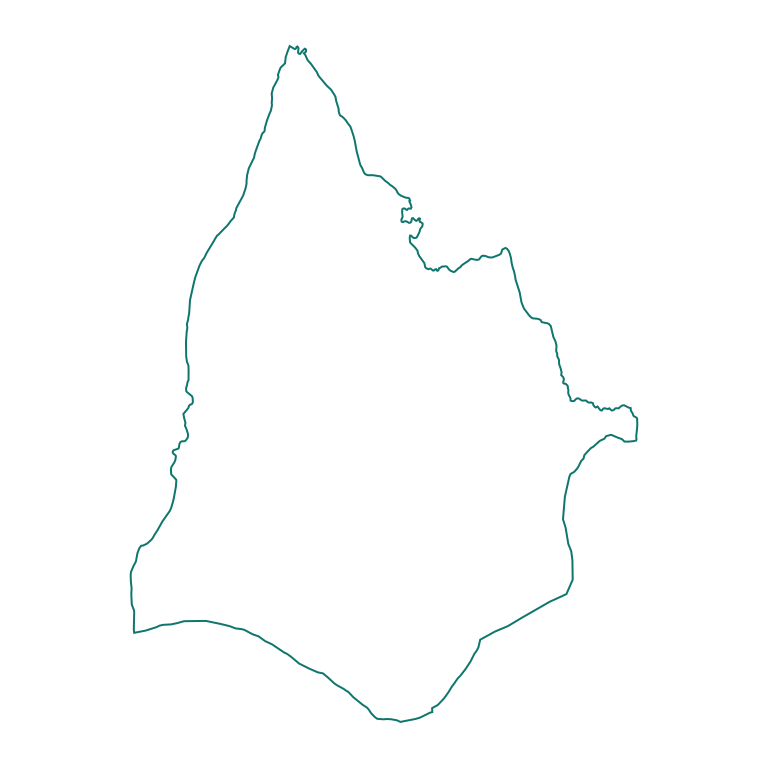 Segeneity, Debub, Eritrea (Robinson projection)
{"feature_id": "51966322B33057648537634", "entity_name": "Segeneity", "entity_type": "district", "adm_level": 2, "iso_a3": "ERI", "parent_name": "Eritrea", "parent_adm1": "Debub", "projection": "robinson", "projection_center": [39.223, 15.059], "detail": "fine", "context": "isolated", "style": "outline", "palette": "teal", "viewbox_px": 768, "rotation_deg": 0, "n_neighbors": 0, "source": "geoboundaries", "source_scale": "gbopen_adm2", "svg_char_len": 6086}
<svg xmlns="http://www.w3.org/2000/svg" viewBox="0 0 768 768"><path d="M636.2,440.5L636.5,439.3L636.2,436.3L637.2,427.2L637.3,424.2L637.1,418.4L636.6,417.7L633.7,416.1L633.0,414.7L632.5,413.1L631.6,411.9L630.8,410.2L630.7,408.1L629.1,407.8L624.2,405.3L622.4,405.4L620.8,406.4L618.7,408.3L616.0,408.2L615.0,408.6L614.0,409.7L612.8,410.4L611.9,410.5L610.9,409.9L609.4,408.3L608.1,409.0L604.2,408.2L603.1,408.8L601.9,410.5L601.0,410.4L600.1,409.9L597.5,406.5L595.7,407.5L594.8,406.9L593.5,405.4L592.9,403.2L591.0,402.4L589.2,402.7L587.8,402.1L586.0,400.5L582.4,400.6L581.6,400.4L579.1,398.6L577.5,398.3L576.3,398.8L574.1,401.0L572.2,401.2L570.6,400.6L570.4,398.4L570.0,397.2L568.7,394.8L568.2,392.8L568.4,389.8L567.8,388.1L567.9,387.2L567.6,385.7L566.0,384.1L565.1,383.6L564.2,383.7L563.3,383.1L563.2,382.1L563.8,379.8L563.8,378.7L563.0,376.9L561.2,375.1L561.6,372.4L560.7,368.6L559.1,364.0L559.0,360.3L558.7,359.2L557.3,356.5L557.1,353.3L556.2,351.3L556.5,345.5L555.4,341.3L553.4,337.1L550.8,326.1L549.0,324.1L547.8,323.4L541.7,322.1L540.6,320.0L539.2,319.3L537.1,318.7L533.1,318.4L531.2,317.5L529.4,315.7L524.0,308.6L521.5,302.4L519.7,292.5L515.5,279.4L515.2,276.6L513.7,270.1L513.0,268.7L511.6,262.8L511.0,258.1L509.5,252.8L508.5,250.7L507.1,248.8L505.6,248.0L504.6,248.3L502.3,249.6L501.0,253.6L499.4,254.7L497.0,255.7L492.5,257.4L490.8,257.5L488.5,257.2L485.5,256.0L482.6,255.7L481.4,256.4L479.0,259.4L478.1,259.7L476.7,259.9L475.3,259.7L471.5,258.8L470.5,259.0L467.9,261.2L464.3,263.5L461.7,265.4L460.2,267.3L458.8,268.0L455.1,271.4L453.9,272.1L450.6,270.8L449.0,269.5L447.0,266.7L445.7,266.3L441.9,266.6L440.6,267.6L439.0,268.3L438.4,270.3L437.3,270.8L436.1,269.1L434.8,269.6L434.3,270.3L433.1,270.6L430.6,268.6L429.2,268.8L428.4,269.2L426.3,268.3L425.3,267.3L424.3,263.0L419.4,256.3L418.0,253.4L417.5,250.7L415.0,247.4L410.7,243.2L410.1,242.3L409.8,239.7L409.8,236.6L410.2,235.5L411.2,235.7L413.2,237.7L414.2,238.1L416.1,237.8L416.9,237.1L418.1,234.9L419.6,231.6L420.0,229.6L420.7,228.3L422.2,226.6L422.7,224.4L422.6,223.5L421.1,222.3L419.9,221.8L419.6,220.8L420.0,218.6L419.0,218.3L417.9,219.3L417.5,220.2L416.2,220.9L414.2,219.4L413.0,218.1L411.9,218.4L411.3,221.5L410.6,222.5L409.7,222.8L408.8,222.8L407.1,221.7L405.2,221.1L403.0,222.1L402.0,221.9L401.5,221.3L401.4,219.4L402.0,218.5L402.6,216.7L402.1,211.7L402.3,209.2L403.0,208.6L404.0,208.4L405.1,208.7L406.2,209.7L407.1,209.9L408.2,208.7L408.9,208.4L410.8,208.7L411.5,207.3L410.9,204.9L409.3,201.1L410.1,200.6L409.3,198.5L408.2,197.9L405.5,197.6L400.9,195.6L399.2,194.5L397.6,192.8L396.6,190.6L395.2,188.7L391.9,186.0L389.8,184.7L388.8,183.5L384.9,180.6L381.4,177.1L380.4,176.4L373.0,175.2L367.8,175.2L365.3,174.2L364.0,172.6L362.0,167.9L360.4,165.1L359.7,162.8L356.6,151.0L354.7,140.6L353.7,136.5L351.1,128.5L350.3,126.5L347.2,122.5L345.8,120.3L343.5,117.8L342.2,116.7L340.1,115.4L339.6,114.5L338.7,111.4L338.6,108.8L336.2,101.0L335.5,96.9L334.2,94.5L331.0,89.6L326.8,85.7L319.2,76.7L318.2,75.2L316.8,72.0L315.1,69.7L311.0,63.9L307.6,60.1L305.2,54.8L303.8,53.2L305.7,52.0L306.0,51.2L306.1,49.8L305.5,49.0L304.7,48.7L302.0,51.4L300.1,54.0L298.8,53.6L298.0,52.5L298.5,48.6L298.3,47.7L297.4,46.5L296.6,46.9L296.3,47.9L295.5,48.9L294.6,49.0L289.7,46.1L287.6,51.5L285.7,57.1L285.0,63.4L280.8,67.4L279.9,69.2L277.9,74.9L278.4,76.6L278.3,78.0L276.1,82.5L273.3,87.5L271.7,93.5L272.1,98.3L271.7,103.3L272.0,105.2L270.8,110.9L269.4,113.9L267.1,120.1L264.8,128.0L264.7,130.4L264.2,131.7L262.7,133.0L261.7,134.7L260.6,138.7L259.4,140.8L255.9,150.4L254.6,154.5L254.1,157.5L248.8,168.3L247.1,175.2L246.5,181.3L246.6,183.4L246.1,185.9L245.5,188.6L243.1,195.6L236.4,208.0L235.8,210.5L234.6,213.5L233.8,217.6L230.6,221.1L227.9,224.9L218.3,234.7L217.1,235.6L215.0,238.9L213.9,241.0L206.7,252.8L204.2,258.0L201.9,260.9L199.5,265.6L195.3,277.2L193.8,283.1L190.0,300.2L189.3,311.4L189.0,314.5L188.4,316.9L188.2,319.4L187.0,323.7L186.9,325.2L187.3,326.8L187.2,329.1L186.7,331.8L186.0,341.9L186.2,356.7L187.0,362.0L188.3,365.1L188.5,366.7L188.6,372.3L188.5,380.3L187.6,381.9L187.0,385.2L186.1,388.0L186.2,391.0L186.9,392.0L191.9,396.1L192.6,397.6L192.8,400.5L192.8,402.5L192.0,403.9L191.2,404.4L190.2,404.6L189.1,405.8L188.3,408.0L187.7,408.8L183.4,413.9L184.1,417.9L185.4,422.5L185.0,426.0L185.8,427.4L187.0,430.7L187.9,433.8L188.1,435.6L187.7,437.8L185.7,440.5L184.7,441.2L182.4,441.3L181.3,441.5L180.5,442.0L179.5,443.7L178.8,448.0L178.1,448.7L173.5,450.3L172.8,451.5L172.7,452.5L173.3,453.6L175.6,455.4L175.9,456.5L175.3,460.1L174.4,462.3L171.5,466.8L170.9,469.1L171.2,474.3L176.2,479.7L176.3,481.2L175.9,486.6L174.2,496.2L173.2,501.0L171.2,507.8L169.9,510.8L162.5,521.3L157.2,530.7L154.9,534.1L152.6,538.2L151.3,539.8L147.0,543.7L142.9,545.6L141.3,545.7L140.5,546.5L139.1,548.7L137.4,553.3L136.0,561.0L135.4,562.6L133.7,565.5L131.1,571.7L130.7,574.1L130.7,576.7L130.9,582.1L131.6,588.3L131.3,594.6L131.8,604.6L134.1,610.6L134.2,612.8L133.8,629.4L134.2,632.8L145.6,630.6L156.6,627.1L159.6,625.6L163.5,624.8L171.0,624.4L177.3,623.1L184.0,621.2L205.9,620.9L220.8,624.0L229.5,626.1L235.5,628.4L241.5,629.1L244.4,629.9L252.9,634.4L258.5,636.3L265.1,641.1L272.0,644.3L283.8,652.3L287.1,653.9L291.2,656.9L299.2,663.6L309.4,668.7L317.7,672.3L323.0,673.4L328.4,677.9L334.1,683.2L336.6,685.0L344.0,689.1L346.4,690.9L348.3,691.9L353.4,697.3L362.4,704.6L367.1,707.7L368.6,709.4L371.3,713.4L374.6,716.8L377.2,718.8L383.4,719.3L386.9,719.0L391.5,719.3L396.9,720.3L400.4,721.9L415.3,719.0L419.8,717.7L430.0,712.7L432.3,712.1L432.1,708.1L437.8,705.0L444.2,698.2L448.4,692.3L452.0,686.4L454.7,682.8L456.5,680.1L457.9,678.2L460.3,675.8L465.5,669.1L470.4,661.7L474.4,653.8L476.6,650.8L478.4,647.4L480.2,639.7L494.9,631.6L507.9,626.1L522.1,617.6L549.6,601.8L566.4,594.1L572.7,579.7L572.4,560.1L571.2,551.1L568.3,543.9L565.6,527.7L563.0,519.2L564.9,496.6L569.4,476.6L570.5,474.0L574.2,471.9L577.2,468.5L578.3,466.8L581.3,460.8L583.5,458.7L584.3,455.3L586.1,453.1L591.0,448.0L593.2,446.8L599.9,440.8L604.4,438.7L606.2,436.1L611.1,434.8L618.2,437.8L621.9,439.1L624.5,441.6L628.6,441.6L633.1,441.2L636.2,440.5Z" fill="none" stroke="#0f766e" stroke-width="2"/></svg>